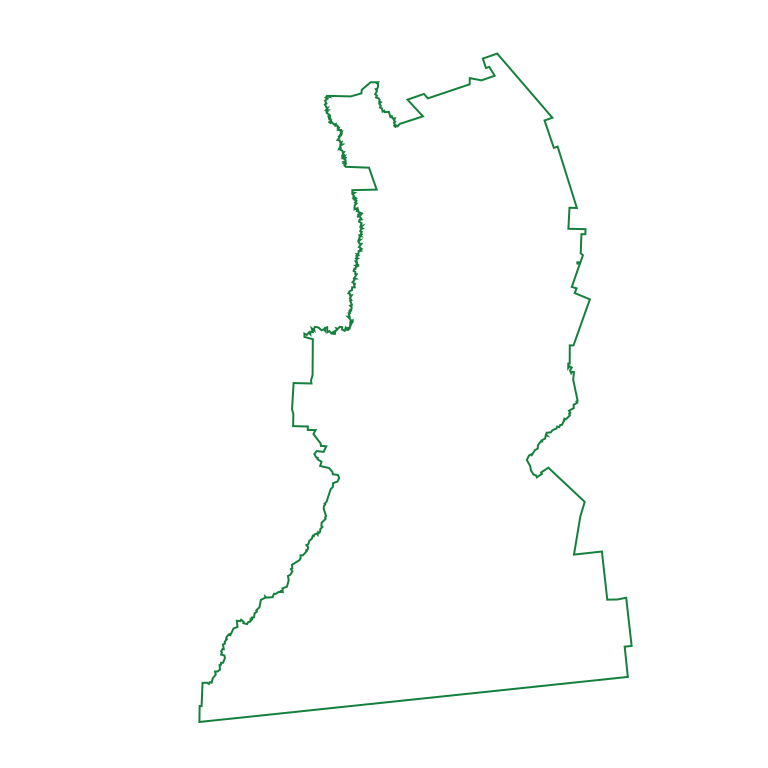 Brewarrina, New South Wales, Australia, rotated 174°
{"feature_id": "25037944B28138275471855", "entity_name": "Brewarrina", "entity_type": "district", "adm_level": 2, "iso_a3": "AUS", "parent_name": "Australia", "parent_adm1": "New South Wales", "projection": "natural_earth1", "projection_center": [147.252, -29.95], "detail": "fine", "context": "isolated", "style": "outline", "palette": "green", "viewbox_px": 768, "rotation_deg": 174, "n_neighbors": 0, "source": "geoboundaries", "source_scale": "gbopen_adm2", "svg_char_len": 6160}
<svg xmlns="http://www.w3.org/2000/svg" viewBox="0 0 768 768"><g transform="rotate(174 384 384)"><path d="M387.0,673.5L409.5,676.4L408.6,675.4L410.5,676.0L412.1,674.9L410.3,673.6L413.1,671.8L411.9,668.9L413.6,668.2L412.1,664.6L411.1,664.7L412.7,662.8L411.2,662.3L412.9,661.8L411.7,661.0L412.7,659.7L409.7,656.9L409.8,655.7L411.3,655.8L410.8,653.3L409.8,653.8L409.0,652.0L411.1,650.1L409.9,649.1L408.7,650.1L406.5,647.2L404.8,647.6L405.2,645.9L403.8,646.0L402.7,644.8L403.2,643.7L402.1,643.5L403.3,641.5L400.3,641.1L400.7,639.6L399.4,639.6L401.2,636.9L400.1,637.0L400.8,635.6L403.1,634.9L402.5,633.6L404.7,631.5L402.6,630.8L402.2,628.8L401.0,629.0L402.2,626.9L400.3,626.6L402.3,625.6L404.1,622.4L402.4,622.9L402.7,621.4L401.0,620.4L400.8,618.4L399.8,618.6L400.9,617.1L399.6,615.8L401.7,615.3L401.8,613.7L399.5,614.5L400.8,612.8L398.7,612.8L399.8,611.3L398.8,610.6L399.0,608.7L400.5,608.9L399.3,607.5L401.0,607.5L399.6,606.1L400.4,605.3L399.3,604.0L376.3,600.7L371.0,578.1L395.2,580.1L395.5,577.8L393.3,577.2L395.5,576.2L394.2,574.3L394.9,573.2L393.3,572.4L394.7,571.6L392.7,570.9L393.9,570.2L392.3,569.0L393.9,567.4L392.4,566.5L394.5,564.7L395.1,560.9L392.2,561.6L392.8,559.3L391.6,559.8L391.5,557.8L388.1,555.9L389.3,554.7L390.0,555.9L391.9,555.2L391.5,554.0L393.2,553.0L390.9,553.3L389.5,551.1L390.2,550.5L389.4,549.9L391.3,549.6L391.8,548.0L389.5,546.4L390.9,543.2L389.0,543.6L390.5,542.3L388.9,540.9L390.8,540.5L391.6,538.4L390.3,537.6L391.1,536.4L390.5,535.2L392.3,534.7L391.4,533.5L392.9,534.0L392.6,532.8L394.1,530.0L392.4,529.9L394.6,528.4L393.7,526.1L391.8,525.8L394.6,522.8L392.1,520.7L393.5,520.0L392.8,518.9L395.3,518.8L395.9,515.8L397.3,516.0L396.1,514.5L398.1,514.1L397.6,513.0L398.5,512.0L397.0,511.5L398.4,510.8L398.3,508.9L399.4,509.0L398.6,507.4L397.8,508.0L398.6,506.7L397.5,505.4L399.7,504.9L398.0,504.0L399.7,503.3L400.4,501.5L401.4,501.8L402.4,499.6L400.8,498.5L401.0,496.3L399.7,496.0L402.4,492.6L401.1,491.7L402.9,491.7L402.7,490.3L404.7,488.5L401.8,486.0L403.4,486.4L403.0,483.2L405.5,483.5L406.1,480.7L408.7,479.8L409.9,477.9L408.6,477.5L408.4,475.5L406.9,475.6L408.9,472.9L407.7,470.8L409.0,470.6L407.6,466.0L409.5,465.4L408.1,463.6L408.8,461.2L409.7,461.3L409.4,460.2L410.8,460.0L410.4,458.0L411.8,458.0L411.1,454.5L413.0,454.8L410.1,450.8L410.5,450.0L408.5,450.6L408.7,449.0L409.9,447.7L410.9,449.0L411.5,446.2L410.2,445.5L411.6,445.7L412.3,443.1L414.6,443.9L412.8,442.6L414.1,441.5L415.4,441.9L414.2,442.3L416.1,444.2L417.5,441.0L420.0,442.5L419.7,444.9L422.0,445.5L424.1,443.7L425.5,444.3L425.0,443.0L427.3,441.2L427.6,439.0L429.8,439.4L428.6,441.2L431.3,440.1L432.8,442.3L434.9,441.4L434.6,446.4L436.9,445.8L437.1,443.2L438.1,444.7L440.5,444.0L443.3,447.1L446.6,448.0L447.9,446.4L447.7,444.5L450.0,446.8L449.4,443.1L451.8,443.7L452.0,441.1L453.4,443.0L455.6,440.9L457.9,442.4L458.2,439.1L450.1,436.0L454.1,400.4L456.2,395.2L456.1,392.1L473.8,394.4L478.1,368.5L477.3,363.6L478.8,351.6L464.2,349.7L464.6,346.3L456.9,345.3L459.4,341.6L453.2,331.4L453.2,329.0L447.9,328.1L451.1,322.8L457.9,324.3L460.6,321.6L459.1,318.1L457.6,317.5L458.0,316.1L454.3,313.3L456.0,309.1L447.5,306.2L444.6,302.1L444.3,299.6L439.4,298.4L438.4,295.3L440.5,291.8L444.9,290.8L445.7,286.9L448.1,284.9L453.4,272.9L455.6,271.2L455.1,270.3L456.5,269.0L457.0,266.2L455.4,258.6L456.6,257.5L456.2,255.9L460.5,252.6L461.1,249.4L460.2,248.3L462.5,246.4L463.0,243.6L464.2,242.7L464.9,243.5L465.6,241.3L466.1,242.4L469.0,241.6L469.7,240.0L470.7,240.5L471.9,237.8L474.8,235.7L475.9,232.7L478.0,231.9L476.6,230.0L477.0,227.7L478.7,226.8L478.2,226.0L482.6,222.1L484.9,222.3L485.2,219.3L486.6,217.6L494.5,213.8L494.4,210.3L496.0,209.6L494.7,207.2L497.0,204.1L499.6,203.1L499.3,198.8L501.7,192.6L506.3,191.4L506.5,188.8L507.6,188.9L506.9,187.7L510.6,188.2L513.5,186.6L515.4,186.9L517.1,183.6L523.3,183.9L524.2,184.9L524.1,184.0L529.0,182.2L531.2,175.0L534.7,172.2L534.2,170.9L536.5,169.6L537.8,165.5L539.7,165.6L539.6,163.8L540.8,162.9L541.3,163.7L541.7,161.7L544.1,161.3L545.3,159.5L548.9,160.9L548.4,162.1L550.8,164.5L551.8,163.2L555.1,163.9L555.1,157.7L559.3,156.5L562.2,151.6L563.6,151.5L563.3,150.4L564.9,150.8L566.9,149.0L567.7,147.0L567.0,146.6L569.3,144.3L569.4,142.4L571.3,141.8L571.1,137.0L572.3,137.3L573.9,135.2L573.3,134.0L574.3,131.9L571.2,130.8L570.8,128.2L573.2,123.6L575.2,123.7L575.5,121.8L576.9,121.7L577.0,117.1L579.5,115.5L582.1,115.7L581.7,112.6L585.1,109.2L586.6,105.0L588.5,105.7L589.5,104.0L591.2,105.4L595.7,105.8L599.1,82.7L601.0,83.0L602.9,67.2L172.1,67.2L172.1,97.6L165.1,97.6L165.5,146.1L174.4,145.3L184.5,146.2L184.8,194.6L212.9,194.5L202.6,231.7L196.7,245.8L229.3,283.6L237.0,279.6L236.3,278.1L241.8,275.2L242.4,277.2L244.7,278.2L246.9,282.7L247.2,287.1L249.9,293.5L247.2,297.8L245.0,298.6L244.5,297.8L240.7,302.5L237.9,303.7L237.3,306.9L234.3,310.3L232.8,310.3L233.1,311.4L229.5,312.9L228.4,316.1L227.2,315.6L228.2,316.9L227.3,318.5L223.1,318.5L221.3,320.4L217.1,321.8L216.2,323.6L214.2,322.8L213.0,324.8L211.2,324.8L209.1,328.4L208.2,327.9L208.9,328.9L208.2,330.7L206.7,330.0L202.4,333.3L203.0,335.0L201.7,335.8L202.9,338.0L197.8,340.2L197.6,343.5L193.8,345.2L194.4,346.5L193.2,347.1L195.4,368.6L193.8,376.0L195.6,376.5L196.7,375.1L197.6,378.2L195.6,380.7L197.5,382.2L199.1,380.6L198.6,385.1L197.2,384.9L195.2,403.0L191.5,402.6L170.4,446.7L184.8,454.5L182.5,459.0L187.1,460.9L176.7,483.0L179.1,483.6L179.0,484.8L176.0,484.4L172.7,491.3L174.7,493.4L172.0,512.4L168.1,511.9L167.4,516.9L184.4,519.1L181.1,539.9L173.8,538.9L186.5,602.0L190.4,601.1L196.8,629.3L188.7,631.2L236.9,700.8L251.7,697.3L249.6,687.6L246.2,688.4L241.7,679.0L255.3,675.8L266.7,679.2L267.5,673.1L310.5,663.5L314.0,668.3L330.9,664.3L317.3,646.1L340.9,641.1L343.6,638.9L344.3,639.6L345.7,638.5L346.9,639.8L345.9,641.0L346.8,642.7L345.5,643.7L346.5,644.9L345.4,647.1L347.7,647.1L348.3,649.5L349.7,648.9L350.7,654.1L354.9,654.3L355.2,655.7L356.9,655.1L357.3,658.2L359.1,659.3L358.1,661.2L359.4,663.2L357.7,664.5L359.3,665.2L358.6,667.0L359.4,668.6L362.0,669.8L360.9,671.5L362.5,673.1L360.3,676.2L361.3,678.1L359.9,678.3L358.9,680.3L358.6,683.2L359.5,683.8L358.5,684.7L365.8,685.5L375.4,678.9L376.1,675.4L387.0,673.5Z" fill="none" stroke="#15803d" stroke-width="2"/></g></svg>